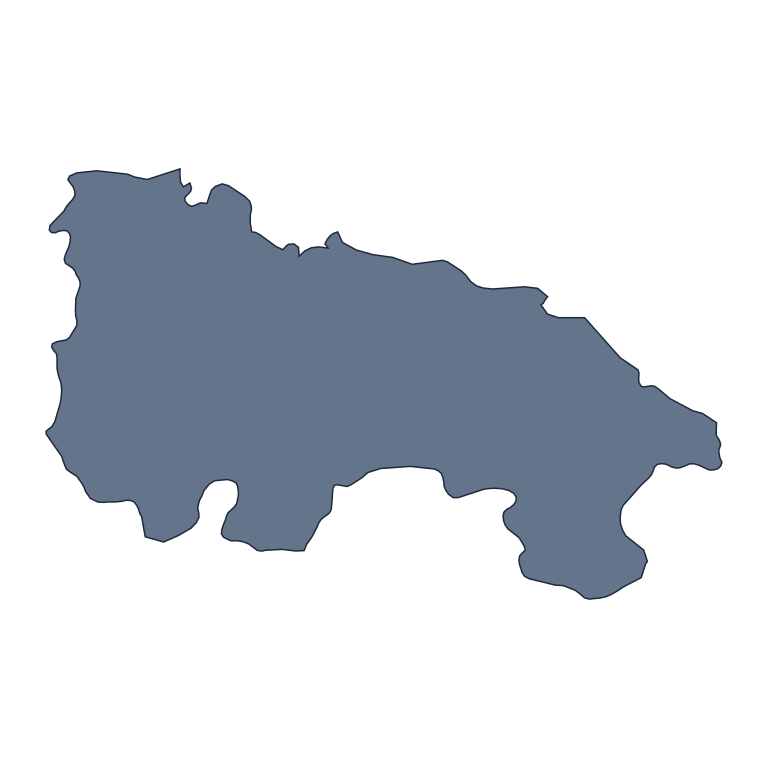 outline of La Rioja
{"feature_id": "ESP-5828", "entity_name": "La Rioja", "entity_type": "Autonomous Community", "adm_level": 1, "iso_a3": "ESP", "parent_name": "Spain", "parent_adm1": "", "projection": "natural_earth1", "projection_center": [-2.502, 42.281], "detail": "fine", "context": "isolated", "style": "filled", "palette": "slate", "viewbox_px": 768, "rotation_deg": 0, "n_neighbors": 0, "source": "natural_earth", "source_scale": "10m", "svg_char_len": 3834}
<svg xmlns="http://www.w3.org/2000/svg" viewBox="0 0 768 768"><path d="M382.6,256.0L392.8,257.4L412.2,264.3L442.7,260.3L447.6,262.0L461.3,270.9L465.3,274.6L471.0,281.9L476.7,286.0L483.6,288.1L492.7,289.0L524.2,286.8L537.6,288.3L547.6,296.7L545.3,299.6L543.2,303.3L540.9,304.8L547.5,314.1L558.4,317.7L584.6,317.7L620.2,357.8L638.0,369.9L639.0,373.1L638.7,377.6L638.8,382.2L641.0,386.1L643.8,386.9L651.1,385.8L654.1,386.1L658.5,388.9L669.9,398.6L692.8,410.8L702.4,413.4L716.5,422.7L716.2,435.3L719.1,439.8L720.5,443.5L720.3,445.9L719.8,447.3L719.1,449.0L718.8,451.8L719.9,458.0L721.9,462.3L720.8,465.9L718.0,468.6L713.8,469.9L709.1,470.0L698.9,465.2L694.2,463.8L689.8,463.9L680.3,467.7L676.3,468.1L671.8,467.0L666.1,464.2L661.3,463.6L657.1,464.4L654.4,467.2L653.1,471.0L651.3,474.9L648.5,478.3L641.6,484.6L623.0,505.6L621.2,509.6L620.5,514.0L620.2,518.5L620.5,523.7L622.4,529.6L625.6,535.7L643.7,550.0L647.4,561.4L645.7,563.7L641.2,577.6L623.0,587.1L619.1,589.9L610.7,594.8L606.0,596.7L600.7,597.9L589.3,599.1L584.6,597.9L579.7,593.6L575.0,590.2L563.2,585.6L555.2,585.1L529.3,578.8L524.5,576.2L522.0,572.4L519.4,563.7L518.9,559.7L519.7,555.8L522.0,553.2L523.9,551.4L524.8,550.7L525.1,550.0L525.0,548.5L523.8,545.3L519.1,537.7L507.9,528.9L505.2,525.1L503.6,520.6L503.1,516.2L503.8,512.3L506.7,509.4L510.4,507.5L513.8,504.5L516.0,501.1L516.2,496.9L513.8,493.4L509.0,490.5L501.7,488.7L493.1,488.2L484.6,489.0L458.3,497.6L453.3,497.7L448.6,494.3L445.8,490.3L444.1,485.9L443.8,481.5L442.8,477.4L441.5,473.7L438.9,471.2L434.5,469.0L410.3,466.4L380.6,468.5L367.9,472.5L362.0,477.7L351.3,484.6L347.2,486.5L337.3,484.8L334.5,485.3L333.0,488.4L332.5,492.6L332.0,501.8L331.1,509.9L329.2,513.1L326.7,515.2L324.1,516.9L321.1,519.5L318.6,523.2L316.7,527.9L311.7,537.2L306.4,544.7L305.3,547.9L304.4,549.7L304.1,550.6L295.6,551.0L282.1,549.4L265.1,550.3L262.9,551.0L261.1,551.0L257.5,550.5L248.6,543.9L243.6,541.9L237.7,540.8L230.5,540.7L223.7,537.4L221.4,533.7L221.9,529.4L223.3,525.0L225.2,520.6L226.4,516.4L228.1,512.7L234.3,507.0L236.8,503.3L238.4,495.0L238.3,490.7L237.6,486.6L236.2,483.0L232.4,480.9L227.6,479.5L214.9,480.7L209.4,484.0L203.8,490.8L202.0,495.7L199.5,500.3L198.3,504.6L197.8,508.8L198.8,513.0L198.9,517.5L196.3,522.7L191.0,528.2L178.2,535.6L163.7,542.0L145.2,536.8L141.7,516.8L139.7,513.2L138.6,509.1L136.5,505.0L133.9,501.7L130.1,500.4L125.8,500.3L121.7,501.3L114.7,502.0L107.6,501.9L104.0,502.4L97.8,502.0L90.5,498.5L85.7,491.7L84.2,487.5L82.0,483.5L76.9,476.4L69.7,471.7L66.3,469.1L63.2,461.2L61.9,456.7L46.3,434.3L46.1,431.2L51.9,426.5L54.9,421.5L60.3,403.0L61.3,396.3L61.7,390.6L61.4,386.2L60.7,381.8L59.1,377.6L57.9,372.9L57.0,368.2L57.1,357.9L56.3,353.5L53.6,350.5L51.7,347.0L52.4,343.8L57.2,341.6L66.3,339.9L69.4,337.6L76.9,325.2L76.9,320.6L75.8,316.3L75.4,311.4L75.9,298.2L80.0,286.1L80.2,282.5L78.8,278.5L76.4,275.0L75.1,271.2L72.5,268.0L65.5,263.3L64.2,259.3L65.5,254.4L68.7,247.1L70.1,241.8L70.5,237.0L69.4,233.4L66.8,230.7L63.1,230.5L58.9,231.2L55.2,232.8L51.4,232.5L49.3,230.1L49.9,225.6L64.1,210.9L66.0,207.2L68.9,203.5L72.1,200.1L75.0,195.4L74.7,191.1L73.2,187.0L67.9,179.8L69.6,176.0L76.8,172.9L96.9,170.8L127.6,174.2L134.8,177.1L147.3,179.5L180.0,168.9L179.9,174.6L180.6,182.3L183.4,186.8L189.9,183.0L191.5,188.4L190.5,191.5L184.9,197.4L184.9,200.8L187.6,204.3L191.3,206.4L194.7,205.5L200.5,202.8L206.9,203.5L210.0,194.1L211.7,189.8L215.4,186.4L222.2,183.9L228.5,185.7L244.7,196.4L249.6,201.2L251.2,205.8L251.4,210.0L250.4,214.0L250.2,222.6L251.6,231.9L255.4,232.4L259.7,234.6L276.4,246.8L283.0,249.7L286.1,246.1L288.5,244.3L293.8,243.9L298.4,247.2L299.2,256.2L304.9,250.9L311.3,247.8L318.9,246.9L328.1,248.1L327.1,246.4L326.6,245.8L326.0,245.3L324.9,244.1L327.2,239.4L330.0,235.9L333.5,233.4L337.7,231.9L342.4,242.4L356.3,250.0L372.7,254.6L382.6,256.0Z" fill="#64748b" stroke="#1e293b" stroke-width="1.5"/></svg>